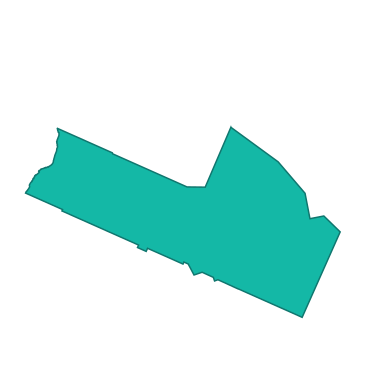 83, Ar Rayyān, Qatar, rotated 24°
{"feature_id": "91078587B29732052080276", "entity_name": "83", "entity_type": "district", "adm_level": 2, "iso_a3": "QAT", "parent_name": "Qatar", "parent_adm1": "Ar Rayyān", "projection": "mercator", "projection_center": [50.853, 25.078], "detail": "fine", "context": "isolated", "style": "filled", "palette": "teal", "viewbox_px": 384, "rotation_deg": 24, "n_neighbors": 0, "source": "geoboundaries", "source_scale": "gbopen_adm2", "svg_char_len": 1627}
<svg xmlns="http://www.w3.org/2000/svg" viewBox="0 0 384 384"><g transform="rotate(24 192 192)"><path d="M273.1,261.8L273.1,261.7L343.6,261.7L343.6,168.2L322.2,160.3L310.6,168.4L295.8,147.2L258.4,129.4L201.3,117.1L201.2,117.0L202.1,182.2L185.4,189.4L104.1,189.4L103.3,188.6L43.2,188.6L43.2,188.8L43.2,189.1L43.7,189.4L44.2,189.9L44.2,190.3L45.2,191.3L45.5,191.8L46.3,191.9L47.3,194.0L47.5,195.0L47.7,199.7L47.9,200.1L47.9,201.1L48.0,201.2L48.4,201.3L48.5,202.2L49.2,202.8L49.5,203.0L49.6,203.7L49.7,203.8L49.8,204.0L50.0,204.0L50.0,204.5L50.6,205.0L50.9,205.8L50.9,207.5L51.4,209.1L51.6,209.7L51.8,214.0L52.0,215.5L52.2,216.1L52.2,216.7L52.4,218.1L52.6,218.7L52.6,219.4L52.8,220.4L53.0,220.6L53.2,221.4L52.8,223.9L52.6,224.1L52.2,225.1L51.8,225.5L51.4,226.3L51.0,226.7L50.6,227.4L50.5,227.8L49.9,227.8L49.7,228.2L49.0,229.0L48.6,228.9L48.2,229.2L48.1,229.6L47.8,230.0L47.3,230.0L47.2,230.2L47.1,230.4L46.4,231.3L46.0,231.4L45.2,232.1L45.2,232.5L44.6,232.7L44.5,233.3L44.1,234.1L44.0,234.9L43.5,234.9L43.5,235.5L44.0,235.8L44.3,236.0L44.1,237.2L43.9,237.4L43.4,238.6L42.8,239.5L42.7,239.9L42.3,239.9L41.8,241.1L42.0,241.3L42.0,242.1L41.8,242.3L41.8,243.5L41.9,243.8L41.6,243.8L41.4,244.3L41.4,244.9L41.6,245.2L41.5,247.4L41.2,247.4L41.2,247.7L41.2,248.1L40.8,249.3L40.6,251.5L40.8,252.2L41.4,253.0L41.6,253.6L41.2,256.5L41.0,256.9L41.0,257.7L40.8,257.9L40.6,258.9L40.4,259.1L40.4,260.7L80.9,260.7L80.9,262.2L164.8,262.2L164.8,264.9L174.3,264.9L174.3,261.5L213.1,261.5L213.1,259.3L217.8,259.3L227.6,267.0L233.9,261.2L246.2,261.3L248.8,264.1L251.4,261.6L273.1,261.8Z" fill="#14b8a6" stroke="#0f766e" stroke-width="1.5"/></g></svg>